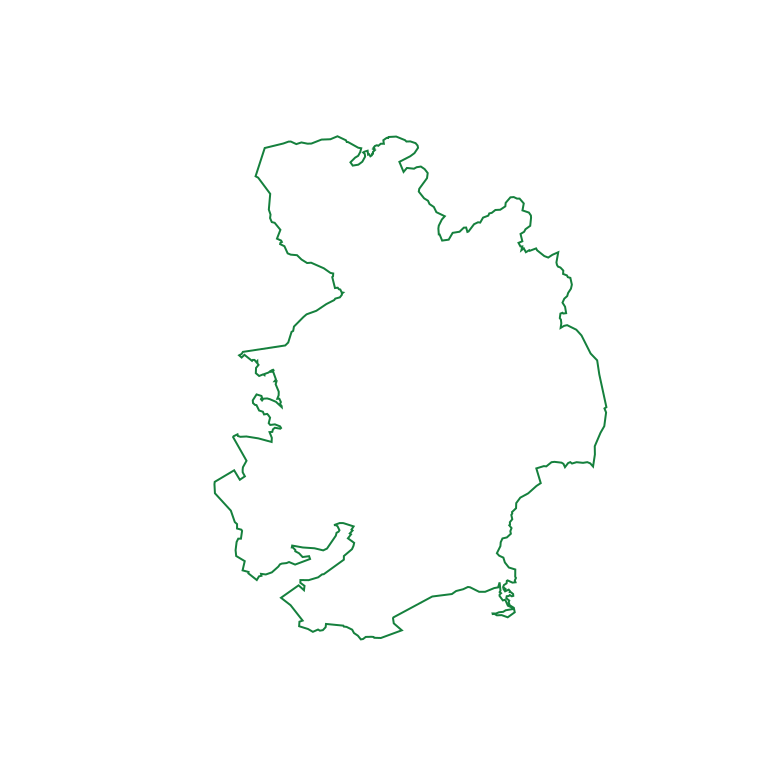 Valle de Bravo, México, Mexico, rotated 239°
{"feature_id": "50627088B62549344911498", "entity_name": "Valle de Bravo", "entity_type": "district", "adm_level": 2, "iso_a3": "MEX", "parent_name": "Mexico", "parent_adm1": "México", "projection": "natural_earth1", "projection_center": [-100.12, 19.185], "detail": "fine", "context": "isolated", "style": "outline", "palette": "green", "viewbox_px": 768, "rotation_deg": 239, "n_neighbors": 0, "source": "geoboundaries", "source_scale": "gbopen_adm2", "svg_char_len": 6166}
<svg xmlns="http://www.w3.org/2000/svg" viewBox="0 0 768 768"><g transform="rotate(239 384 384)"><path d="M440.7,269.4L437.6,263.1L435.1,261.9L432.5,262.7L431.6,263.8L425.6,263.3L422.6,265.9L419.7,265.5L418.5,268.5L416.9,268.8L413.8,269.0L409.8,265.0L407.5,265.4L405.6,269.7L401.2,273.1L399.3,273.1L399.1,272.1L402.7,267.9L402.3,265.4L400.5,263.6L401.7,261.1L395.6,260.1L392.2,257.8L402.1,248.3L409.9,239.0L412.7,233.7L414.7,232.0L416.3,232.5L416.7,228.2L416.2,227.3L389.0,226.6L385.3,220.2L383.2,218.6L381.1,217.4L376.5,217.2L376.2,211.1L387.2,211.1L387.3,188.5L385.5,187.1L377.4,182.8L354.3,187.5L342.5,185.0L339.6,185.9L335.8,183.6L332.6,186.7L331.2,186.7L325.1,181.7L326.5,179.4L324.5,176.3L318.0,171.2L312.7,168.7L303.9,173.4L297.1,166.8L292.6,171.1L291.6,170.2L281.5,174.0L283.5,177.8L282.7,180.2L284.6,180.8L281.6,184.6L280.3,190.9L281.9,199.4L283.0,201.9L282.7,203.9L280.7,208.2L280.3,210.9L275.0,214.8L272.1,230.5L275.0,231.1L277.6,225.1L282.7,224.0L286.3,221.8L287.3,222.5L290.8,221.7L291.4,220.8L292.8,222.1L285.7,230.2L279.0,239.8L272.7,246.2L272.3,250.4L278.8,264.6L280.9,266.7L280.8,269.0L281.6,270.5L285.9,270.9L287.6,270.2L288.8,268.5L287.6,274.5L285.7,277.5L277.6,284.6L275.9,281.1L274.6,281.6L273.5,277.7L272.1,278.3L270.3,273.6L263.2,276.6L261.0,274.5L258.9,271.5L257.2,261.0L254.1,259.1L252.0,234.4L252.7,232.9L252.2,228.0L254.7,218.3L259.0,211.4L256.7,209.9L251.9,211.9L248.5,209.2L255.4,207.1L253.8,185.6L242.5,190.0L223.1,192.4L223.8,189.1L220.1,186.5L213.1,192.7L208.2,195.4L207.5,201.0L205.6,202.0L204.5,204.8L205.6,208.7L208.2,210.7L197.8,224.7L196.8,224.6L195.1,226.8L189.8,230.2L186.0,230.0L181.7,232.0L177.0,232.6L176.2,234.7L176.6,238.1L173.7,243.2L172.5,244.8L171.5,244.9L167.9,250.5L163.7,272.4L173.8,269.1L178.6,271.1L179.1,271.9L177.0,315.9L169.0,334.0L169.4,339.2L167.3,346.2L166.8,351.4L165.4,353.1L156.9,358.5L153.8,363.6L152.3,373.4L150.9,377.1L154.4,380.9L146.9,377.4L146.1,376.0L144.4,376.6L144.0,374.7L142.9,373.9L137.3,374.4L136.8,376.3L135.9,376.7L130.2,376.0L125.6,379.2L124.6,378.9L127.4,371.7L127.3,368.9L129.1,365.0L129.6,361.7L131.4,358.9L130.8,358.7L130.0,360.3L127.6,361.6L125.3,365.8L120.3,369.9L121.0,378.5L125.3,380.0L129.6,377.8L132.8,378.5L133.8,379.8L137.4,378.5L138.9,379.9L138.0,381.7L138.3,383.1L136.2,384.2L135.8,385.7L137.5,386.5L140.3,385.5L140.9,384.6L141.7,385.3L143.5,385.0L143.9,381.0L146.1,380.9L145.3,382.0L145.7,382.6L148.6,381.5L149.9,383.3L150.0,386.4L152.0,387.9L152.0,388.8L147.6,391.8L146.3,394.6L148.3,395.0L149.8,397.2L151.2,397.2L157.4,401.0L162.4,396.5L168.8,395.7L173.7,396.9L177.5,394.3L180.8,393.6L185.1,400.3L188.2,402.5L190.6,406.0L189.2,410.3L190.3,415.6L192.8,416.5L194.8,419.1L198.4,418.6L198.6,419.6L200.7,420.7L202.0,424.3L206.2,425.7L206.9,427.2L208.3,427.8L209.5,433.2L213.8,436.0L216.4,442.3L216.0,451.2L218.1,462.2L218.3,467.3L233.2,471.1L231.3,478.7L229.8,480.7L230.7,487.3L229.5,490.0L225.1,495.7L223.1,496.7L219.5,496.3L221.4,501.1L221.1,503.4L219.0,504.2L217.8,508.8L213.9,514.0L212.3,518.0L209.8,519.9L205.6,520.7L215.0,528.5L222.1,532.6L230.7,544.5L234.4,551.1L245.2,559.7L249.5,560.4L249.6,562.7L281.4,573.5L294.5,578.9L303.7,576.8L323.9,578.3L331.5,576.8L340.1,571.3L341.1,568.3L341.1,564.3L344.8,567.3L348.1,568.8L349.9,568.6L353.5,571.5L353.1,573.7L352.1,573.9L350.9,576.6L357.0,579.0L361.8,578.9L364.3,582.5L365.0,586.3L367.2,588.7L369.4,593.3L372.4,596.2L379.0,598.4L380.9,596.6L382.9,596.7L386.1,594.2L388.9,596.1L393.0,595.2L395.0,593.6L397.0,593.6L399.4,594.4L407.2,601.2L408.0,594.9L407.8,589.9L411.1,587.3L419.7,584.1L421.9,584.2L423.1,577.5L423.9,577.4L423.9,573.5L428.3,573.7L427.9,570.7L430.7,573.4L431.6,571.8L435.7,572.0L435.1,576.1L442.3,578.3L442.3,582.5L443.8,585.0L444.3,590.8L450.8,595.7L452.8,596.7L456.3,596.5L461.5,592.1L466.8,596.8L473.1,595.7L474.4,593.5L477.4,591.5L478.9,588.5L476.6,581.6L473.8,579.5L473.5,573.4L475.8,569.1L475.2,564.5L476.0,562.1L474.6,560.1L475.6,554.6L472.8,549.6L474.2,547.9L474.6,543.5L471.2,535.0L471.4,533.8L475.8,535.0L476.9,532.9L475.6,527.2L478.2,520.7L474.4,513.8L477.0,507.7L483.6,508.7L484.0,508.0L489.3,510.7L491.5,512.5L495.2,518.3L496.5,522.5L504.3,517.4L510.1,517.9L514.8,515.7L518.4,516.1L522.5,514.0L531.0,512.9L533.2,514.8L538.3,526.9L542.3,530.1L547.3,529.5L551.4,527.6L553.0,523.6L553.1,520.6L557.4,514.9L555.7,510.0L566.5,511.6L565.7,523.8L566.2,529.0L568.9,534.8L571.1,535.6L574.2,535.1L578.4,531.5L580.3,528.1L582.2,527.6L589.8,521.9L593.4,515.1L592.7,514.3L593.6,513.0L593.3,509.0L590.0,507.6L591.6,505.0L591.1,501.8L592.3,500.9L592.7,498.8L592.0,496.9L591.1,497.1L591.0,495.8L589.2,496.7L588.7,494.2L587.1,493.2L587.5,492.4L586.3,491.4L586.2,489.6L588.6,489.6L588.8,488.5L592.4,490.1L593.2,486.9L593.2,485.4L591.0,486.0L588.6,484.9L585.7,479.9L585.2,475.0L587.3,469.7L591.3,469.4L592.9,475.8L592.9,479.4L595.0,483.0L597.8,485.9L599.8,483.6L609.9,477.8L610.6,476.7L612.5,476.9L620.3,471.7L621.4,464.1L625.7,456.3L627.5,445.6L629.4,442.2L633.6,437.6L634.8,432.4L639.8,429.0L640.9,427.1L642.0,421.6L647.7,403.3L628.2,380.9L625.7,382.4L605.6,384.4L592.8,375.1L587.7,374.0L584.9,371.8L580.6,371.2L578.5,373.3L569.5,374.6L563.7,367.1L559.9,369.7L558.3,369.6L558.4,368.0L557.4,367.0L553.4,369.6L545.6,368.7L542.9,370.7L539.2,375.8L533.2,377.4L527.3,380.4L525.5,384.0L514.2,392.0L506.8,395.3L504.9,397.4L502.6,395.8L502.3,394.7L491.5,391.4L490.4,393.9L488.4,394.2L487.5,395.2L484.4,394.9L483.4,396.0L483.1,394.3L482.2,393.9L481.0,390.8L482.3,386.2L481.6,384.6L482.2,375.7L481.6,363.7L483.6,353.5L482.9,349.4L479.6,336.4L476.3,333.5L476.3,331.6L468.9,323.3L467.9,319.2L484.2,279.6L483.1,277.5L483.2,274.6L480.0,275.6L480.9,279.4L471.8,282.8L472.2,283.9L471.3,285.4L468.5,285.8L468.9,287.2L466.8,286.1L465.0,286.3L463.7,282.6L459.3,279.7L455.2,281.1L454.5,285.4L453.1,286.1L454.1,286.9L453.3,290.9L453.7,293.8L452.7,292.1L453.6,294.6L453.3,296.3L452.6,296.4L451.9,294.7L451.5,295.3L443.5,293.7L442.7,291.6L441.7,293.3L439.6,291.0L431.6,289.8L428.6,287.9L426.3,284.9L425.3,286.7L424.3,286.6L421.6,286.3L420.4,284.5L417.8,284.9L416.8,284.4L424.4,282.2L429.8,278.3L431.8,276.4L433.5,273.1L432.7,271.0L434.4,270.7L435.4,272.5L436.9,272.8L440.7,269.4Z" fill="none" stroke="#15803d" stroke-width="2"/></g></svg>